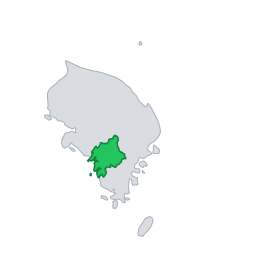 location of North Jeolla within South Korea, rotated 319°
{"feature_id": "KOR-2499", "entity_name": "North Jeolla", "entity_type": "Province", "adm_level": 1, "iso_a3": "KOR", "parent_name": "South Korea", "parent_adm1": "", "projection": "orthographic", "projection_center": [126.968, 35.705], "detail": "fine", "context": "in_parent", "style": "filled", "palette": "green", "viewbox_px": 256, "rotation_deg": 319, "n_neighbors": 0, "source": "natural_earth", "source_scale": "10m", "svg_char_len": 5740}
<svg xmlns="http://www.w3.org/2000/svg" viewBox="0 0 256 256"><g transform="rotate(319 128 128)"><path d="M79.3,65.1L80.2,64.4L80.2,63.5L80.2,60.5L82.6,58.4L85.9,54.1L87.5,51.8L89.4,49.6L91.5,48.1L93.6,47.4L96.9,47.1L103.2,47.4L104.4,47.1L108.8,46.9L109.9,47.2L113.1,47.5L116.6,47.2L118.4,46.5L120.0,45.4L121.4,43.4L122.9,39.8L124.4,37.0L125.3,36.4L132.1,51.4L138.4,61.0L143.9,68.0L151.8,81.4L154.2,88.6L154.6,93.1L156.0,99.3L155.0,102.9L155.5,108.5L155.1,111.4L154.2,113.5L154.2,117.6L154.6,119.7L154.7,122.6L155.3,123.7L156.2,124.1L157.6,123.0L159.3,122.6L159.1,126.0L157.3,134.9L155.6,141.3L153.3,146.9L150.2,152.1L146.5,154.2L143.8,155.0L138.7,155.3L134.5,154.5L130.9,155.2L129.4,156.3L128.4,158.1L129.2,160.9L129.1,163.0L127.6,162.9L124.5,161.7L121.0,161.6L119.4,161.0L117.8,158.1L116.1,158.2L113.3,160.0L108.9,160.4L107.4,161.4L106.8,162.6L107.5,164.2L109.7,166.2L109.0,168.3L106.7,169.4L104.8,166.8L103.6,164.3L102.4,164.2L100.3,164.9L99.9,167.6L100.9,169.4L102.5,171.6L100.3,174.0L99.7,175.8L98.2,177.1L94.0,174.3L94.6,172.3L96.4,170.4L96.6,168.4L96.0,167.2L90.0,172.2L86.3,177.9L84.3,177.5L83.5,176.0L82.3,175.4L78.3,179.1L77.6,182.0L76.1,182.1L75.4,180.8L75.4,178.2L74.7,176.0L70.6,172.8L68.7,169.9L69.8,168.3L73.2,169.2L75.9,169.1L75.4,167.8L74.5,167.1L76.3,166.4L77.9,164.9L76.6,164.4L74.7,165.3L73.1,164.9L72.5,161.2L70.6,157.4L69.6,153.7L71.5,151.6L72.5,148.3L74.3,143.5L75.2,142.0L77.7,140.9L78.5,139.7L77.2,139.0L75.0,138.5L75.1,137.1L76.6,136.3L78.2,134.8L81.4,133.0L82.4,129.5L81.5,128.6L79.5,127.8L79.9,126.1L80.8,124.7L80.5,123.9L78.1,121.6L76.6,119.6L77.1,117.2L76.7,113.7L77.0,110.7L76.9,109.1L75.7,105.4L75.3,101.8L73.8,102.3L72.6,103.2L68.3,101.9L66.9,101.8L66.4,99.1L68.0,95.7L71.6,92.8L73.7,92.5L75.3,91.2L77.7,90.8L80.7,92.8L83.3,93.2L84.8,96.6L85.7,97.4L85.9,96.1L88.0,94.6L88.5,93.5L88.0,92.9L85.6,92.3L83.4,88.0L83.1,86.1L82.3,84.9L83.5,81.5L81.0,77.6L79.7,76.4L79.9,72.8L78.6,70.6L77.9,69.4L77.4,67.3L77.8,66.3L79.0,65.9L79.3,65.1ZM70.2,218.8L68.9,219.6L67.7,219.1L67.4,218.8L66.0,216.8L65.6,215.8L66.6,213.9L70.5,210.9L80.6,207.9L82.4,207.8L86.4,209.1L87.2,211.5L86.5,213.5L85.6,214.9L80.9,217.3L77.3,218.4L70.2,218.8ZM137.4,165.3L134.8,167.4L131.2,164.7L130.4,163.2L133.0,160.9L135.2,158.3L136.7,158.1L137.4,165.3ZM118.7,165.3L118.4,168.6L116.4,168.8L115.3,166.7L114.0,167.8L113.4,167.8L112.4,165.2L112.2,163.1L114.5,161.5L115.9,162.4L117.9,162.9L118.7,165.3ZM67.8,180.1L66.0,180.6L65.0,179.5L64.3,179.1L64.7,177.6L67.7,174.7L68.2,173.6L70.9,174.3L71.9,175.9L70.6,178.3L67.8,180.1ZM76.3,66.6L76.2,71.0L74.7,70.8L73.7,70.4L73.3,69.5L72.3,65.4L73.4,63.7L75.6,65.0L76.3,66.6ZM66.2,167.9L65.8,168.8L64.6,168.5L63.4,166.2L62.9,164.3L61.7,163.3L63.6,161.7L66.1,164.6L66.2,167.9ZM73.3,108.5L72.9,110.7L71.1,109.3L70.7,104.5L72.5,105.9L73.3,108.5ZM193.9,73.2L192.8,74.2L191.3,73.3L191.1,72.2L191.8,71.3L193.5,70.7L194.3,71.4L193.9,73.2ZM82.3,181.1L82.7,182.7L80.5,182.4L79.3,180.8L79.4,179.5L80.8,179.3L82.3,181.1ZM111.3,171.9L111.0,172.9L109.6,171.3L111.0,169.6L111.3,171.9Z" fill="#d9dde1" stroke="#a8b0b8" stroke-width="1"/><path d="M73.6,146.4L73.3,146.0L73.1,145.6L73.3,144.8L73.8,143.8L74.6,142.1L75.2,141.2L76.1,140.9L77.1,140.7L78.0,140.6L78.4,140.3L78.8,139.7L79.3,139.6L79.8,140.2L80.3,140.8L80.7,140.9L80.3,139.6L80.1,139.1L79.7,138.8L75.8,139.5L74.4,138.6L74.5,137.7L74.5,137.3L75.2,137.0L75.7,136.5L76.3,135.9L77.1,135.4L78.1,134.8L78.9,133.8L79.0,132.8L79.4,132.5L79.7,132.3L79.9,132.2L80.9,132.1L81.8,132.2L82.4,132.7L82.9,132.8L83.2,133.3L83.3,133.0L83.4,132.6L83.4,132.2L83.0,131.9L82.8,131.8L82.3,131.5L81.7,131.1L81.2,130.7L80.9,130.6L81.0,130.3L81.2,130.0L81.5,129.8L83.2,129.9L83.6,129.8L83.8,129.7L84.0,129.4L84.1,129.1L84.6,128.9L84.5,128.6L84.3,128.3L83.9,128.2L83.8,128.3L81.8,129.1L81.2,129.1L79.8,129.0L78.5,128.9L78.5,128.3L78.4,127.5L78.2,127.3L77.4,127.0L76.2,127.2L76.1,126.2L78.5,125.9L79.9,125.8L81.2,125.7L81.7,125.4L82.1,125.5L82.7,125.3L83.7,124.5L85.0,124.0L85.5,123.6L85.6,123.1L84.0,123.6L85.2,122.1L86.5,121.9L88.1,121.6L90.9,120.7L91.9,120.9L91.7,122.4L92.2,123.3L93.0,123.2L93.8,122.9L95.3,122.6L95.7,122.4L96.1,122.3L96.7,122.1L97.0,121.6L97.5,121.1L98.4,121.9L99.6,124.1L100.5,124.5L100.9,124.6L101.0,125.0L100.8,125.3L100.9,125.6L102.5,125.8L103.1,125.7L103.9,125.6L104.7,125.4L105.4,124.8L106.0,124.1L106.3,124.4L106.5,124.7L106.9,124.4L107.4,124.6L107.8,125.1L109.0,125.5L109.3,125.8L109.7,126.0L110.6,125.4L111.6,124.9L112.0,125.3L112.4,125.5L112.7,125.2L113.1,124.8L114.2,126.7L114.1,128.9L113.1,130.0L112.9,130.7L111.5,131.4L110.8,131.6L110.5,131.6L110.2,131.8L109.7,132.9L109.1,133.5L108.5,134.1L108.2,135.0L108.1,136.0L107.8,136.8L107.4,137.6L107.0,138.6L106.8,139.6L106.4,140.4L106.4,141.3L107.1,141.6L107.2,141.9L107.3,142.4L107.6,143.2L107.6,144.0L107.8,144.7L108.2,144.9L108.1,145.8L106.9,147.2L106.8,148.1L106.7,149.0L106.2,149.6L104.6,148.3L102.8,147.7L101.8,148.2L101.0,149.1L100.1,149.2L99.2,149.2L98.2,149.4L97.2,149.4L96.8,149.1L96.3,148.8L95.8,148.9L95.3,148.9L94.4,149.0L93.7,149.5L92.6,149.4L92.0,148.6L92.0,147.5L91.4,146.9L91.3,146.3L91.5,145.3L91.0,144.5L90.1,144.5L89.9,144.8L89.7,145.1L89.5,145.6L89.4,146.0L88.6,146.0L87.3,144.3L86.5,143.6L86.0,143.4L85.5,143.4L85.0,143.9L84.1,143.8L83.4,144.4L83.4,144.9L83.4,145.3L83.2,145.7L82.8,146.0L82.8,146.3L82.9,146.7L82.7,147.2L82.3,147.5L81.8,147.7L81.4,147.8L81.0,148.1L80.6,148.4L79.7,148.5L78.8,148.8L78.0,149.0L77.3,148.8L77.3,147.9L77.5,146.9L77.7,145.7L76.9,145.5L74.2,146.2L73.6,146.4L73.6,146.4ZM68.8,139.6L68.6,139.5L68.6,139.3L68.6,139.1L68.9,138.9L68.7,138.8L68.8,138.7L69.0,138.5L69.2,138.4L69.3,138.4L69.3,138.2L69.7,138.3L69.9,138.1L70.0,138.0L70.2,138.3L70.1,138.5L69.6,139.0L69.2,139.3L69.0,139.5L68.9,139.6L68.8,139.6Z" fill="#22c55e" stroke="#15803d" stroke-width="1.5"/></g></svg>